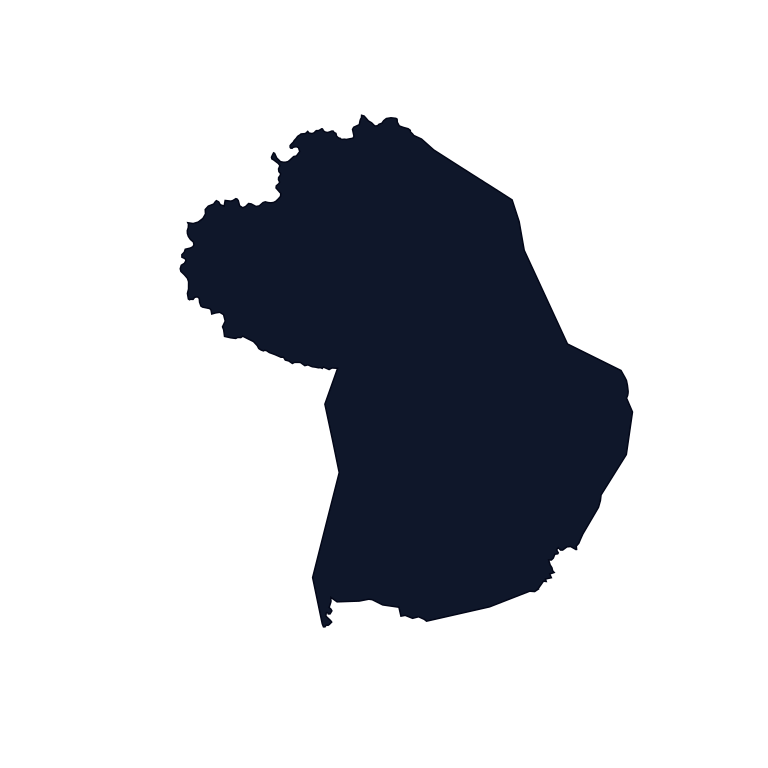 the district of San Simón Zahuatlán, Oaxaca, Mexico, rotated 311°
{"feature_id": "50627088B58043403570664", "entity_name": "San Simón Zahuatlán", "entity_type": "district", "adm_level": 2, "iso_a3": "MEX", "parent_name": "Mexico", "parent_adm1": "Oaxaca", "projection": "robinson", "projection_center": [-97.999, 17.838], "detail": "fine", "context": "isolated", "style": "filled", "palette": "ink", "viewbox_px": 768, "rotation_deg": 311, "n_neighbors": 0, "source": "geoboundaries", "source_scale": "gbopen_adm2", "svg_char_len": 4083}
<svg xmlns="http://www.w3.org/2000/svg" viewBox="0 0 768 768"><g transform="rotate(311 384 384)"><path d="M532.5,576.2L533.5,576.0L535.2,575.4L537.2,574.2L538.7,573.0L542.7,568.6L545.7,564.7L546.9,561.8L549.7,554.0L534.6,496.2L576.9,402.1L595.2,379.5L607.0,359.9L603.2,334.1L602.6,330.2L602.3,328.6L601.7,324.0L601.4,322.6L600.9,319.0L599.7,311.2L599.3,308.4L598.9,305.6L598.4,302.6L593.3,268.0L593.5,251.6L591.1,243.4L591.5,241.3L591.6,238.6L592.7,237.4L592.5,234.7L590.9,231.4L590.3,230.1L588.8,226.2L590.3,222.3L592.5,220.1L592.3,218.7L589.5,214.6L585.9,211.6L582.5,211.0L579.4,211.3L576.7,209.8L574.6,209.7L572.7,207.8L573.0,203.3L572.3,199.6L572.9,195.6L573.2,193.1L572.1,190.8L570.1,192.3L568.4,192.6L567.0,193.2L563.5,195.2L557.9,192.7L555.5,193.2L551.3,198.8L549.1,199.3L546.9,197.5L543.9,195.2L542.8,193.5L541.3,192.1L540.5,190.9L540.7,189.7L539.9,188.4L539.9,185.7L541.6,183.3L541.1,181.3L541.5,179.7L540.6,178.6L538.4,177.5L536.7,176.3L535.6,174.4L535.3,171.9L535.9,171.1L536.1,170.1L535.7,169.5L533.9,169.0L532.2,168.3L530.8,166.7L529.7,166.5L527.8,166.5L525.8,165.4L524.2,162.8L524.6,160.7L521.5,160.4L518.2,157.3L516.6,157.1L515.0,156.5L513.7,156.4L511.7,156.6L508.9,156.5L506.8,156.9L504.8,156.7L502.4,156.7L501.1,157.8L500.8,158.7L501.6,160.0L503.1,160.2L504.6,161.3L505.9,162.8L506.2,164.5L504.2,167.9L498.6,168.3L496.4,166.6L490.7,166.0L488.8,165.6L486.6,164.0L485.4,162.6L483.9,160.0L484.2,154.7L486.3,150.1L486.0,149.0L483.6,149.6L481.3,150.3L480.3,151.7L480.7,153.6L481.1,159.5L480.5,162.2L477.1,163.3L475.3,165.4L475.0,167.8L473.5,168.8L470.7,169.0L469.0,170.3L467.9,172.8L466.3,173.2L462.9,172.7L461.1,173.9L460.1,181.1L457.7,182.8L454.4,182.8L450.9,182.5L448.5,181.5L446.4,179.6L444.8,177.3L443.6,174.9L441.6,173.7L436.6,173.0L434.0,170.9L432.8,165.6L431.4,163.4L427.1,163.1L424.3,161.7L423.8,158.1L426.8,153.7L427.2,151.8L426.7,150.6L423.4,149.6L421.6,148.5L418.3,143.7L413.4,146.6L411.9,142.8L413.0,139.7L412.4,137.2L410.4,137.1L408.1,137.4L403.0,134.7L398.4,134.6L395.2,137.7L390.1,138.7L384.3,137.5L379.9,134.7L377.0,130.1L376.3,131.6L373.6,133.7L370.7,134.9L368.6,136.9L367.0,139.6L366.1,143.1L366.1,147.0L364.4,149.2L362.2,149.7L359.5,148.6L355.3,145.6L352.4,146.8L349.0,146.6L347.1,148.3L348.1,151.6L347.2,153.6L344.1,154.2L340.6,153.1L337.3,154.6L335.7,156.9L335.5,161.6L334.8,166.3L333.0,169.4L327.4,174.2L323.4,176.2L319.8,180.6L320.0,182.0L320.9,182.3L322.6,184.4L325.2,184.2L327.4,186.0L327.4,188.4L324.7,191.2L322.7,194.7L323.0,196.6L326.6,203.0L326.3,205.0L323.8,208.1L327.2,210.3L329.9,212.6L330.4,213.2L330.5,213.9L331.1,217.4L327.3,222.9L321.2,224.6L319.8,227.3L317.9,229.5L315.3,232.4L318.3,238.0L321.1,242.2L323.1,243.0L325.1,245.5L327.4,246.0L329.0,252.4L330.4,257.7L329.8,263.2L328.6,266.2L329.0,269.0L329.9,271.3L331.1,271.8L332.1,273.4L332.5,276.8L334.6,282.3L336.6,288.7L338.3,290.6L337.3,293.8L338.9,297.0L339.4,301.4L341.5,302.2L345.4,306.7L345.9,312.2L348.6,314.1L349.5,317.3L350.0,318.6L351.8,321.3L353.1,323.7L354.8,325.6L355.3,327.2L357.0,327.0L358.9,333.1L361.9,334.2L362.4,334.8L365.4,338.7L330.0,352.6L308.1,381.7L289.2,406.4L289.0,406.7L287.8,408.3L237.2,433.8L191.1,457.1L162.5,494.7L161.0,497.6L162.0,498.8L164.1,498.6L165.2,500.1L166.7,500.5L168.5,500.6L170.0,500.7L170.4,498.9L170.7,492.4L173.1,490.7L174.2,490.8L174.4,491.8L173.9,492.8L175.1,494.1L178.6,493.5L179.3,491.5L179.3,489.2L184.0,487.2L185.3,486.5L186.2,485.6L186.8,484.8L187.6,484.8L188.1,484.2L188.8,491.5L204.0,507.8L211.6,513.7L213.5,516.6L216.4,527.9L225.3,541.7L219.9,549.1L223.3,551.8L225.9,559.3L231.0,562.8L232.8,568.8L232.9,571.7L285.1,609.9L323.2,629.9L326.2,633.9L330.7,635.1L330.9,634.6L339.8,633.7L341.4,636.0L342.7,633.8L347.6,637.4L349.3,633.7L353.4,636.1L353.7,633.8L355.5,631.3L356.5,628.0L359.2,623.7L361.0,625.8L363.7,626.0L367.6,624.6L369.8,626.5L370.9,626.3L372.1,623.0L374.8,622.9L374.5,626.2L375.9,627.8L381.1,628.9L383.8,631.5L385.0,637.5L385.5,637.9L387.8,635.5L391.6,635.5L395.9,634.1L401.2,632.5L431.6,626.8L438.0,623.8L442.7,620.6L489.7,613.2L525.9,589.9L532.5,576.2Z" fill="#0f172a" stroke="#020617" stroke-width="1.5"/></g></svg>